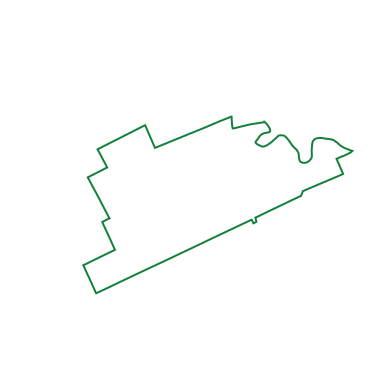 the district of Cazanesti, Ialomita, Romania, rotated 223°
{"feature_id": "2599482B82912190403308", "entity_name": "Cazanesti", "entity_type": "district", "adm_level": 2, "iso_a3": "ROU", "parent_name": "Romania", "parent_adm1": "Ialomita", "projection": "mercator", "projection_center": [27.017, 44.648], "detail": "fine", "context": "isolated", "style": "outline", "palette": "green", "viewbox_px": 384, "rotation_deg": 223, "n_neighbors": 0, "source": "geoboundaries", "source_scale": "gbopen_adm2", "svg_char_len": 3437}
<svg xmlns="http://www.w3.org/2000/svg" viewBox="0 0 384 384"><g transform="rotate(223 192 192)"><path d="M221.5,64.3L219.7,63.6L218.8,63.2L216.6,62.3L214.0,61.2L211.6,60.2L209.2,59.3L208.5,59.0L207.4,58.5L206.0,57.9L203.5,56.9L202.7,56.6L200.7,55.7L199.3,55.1L198.1,54.7L197.0,54.2L195.4,53.5L193.5,52.7L193.0,52.6L191.9,55.4L187.6,66.0L183.4,76.9L179.2,87.4L175.0,98.0L170.8,108.5L166.6,118.9L162.4,129.4L158.3,139.8L154.2,150.1L146.0,171.0L138.9,188.9L134.2,200.6L129.6,212.2L129.5,212.4L125.7,211.0L125.0,212.8L124.6,214.2L124.7,214.3L125.4,214.7L126.3,215.3L127.1,215.8L128.2,216.5L127.8,217.3L127.5,218.1L127.3,218.4L126.8,219.9L126.6,220.4L126.4,221.0L126.1,221.5L125.9,222.1L125.7,222.7L125.5,223.2L125.3,223.8L125.0,224.5L124.6,225.5L124.3,226.2L124.1,226.8L123.8,227.5L123.6,228.0L123.1,229.5L119.6,238.3L117.2,244.4L113.8,253.2L109.6,263.6L111.5,268.2L106.9,278.7L103.0,287.5L97.2,300.4L93.8,308.2L101.4,311.6L108.9,314.8L107.3,318.6L106.8,319.9L106.6,320.4L106.5,320.5L106.4,320.7L106.2,320.7L106.1,320.8L106.0,321.2L105.9,321.3L105.5,322.4L105.2,323.0L105.0,323.9L104.7,324.5L104.4,325.1L104.2,325.5L103.6,327.4L103.2,328.3L103.1,328.8L102.9,329.5L102.8,330.1L102.8,330.5L102.7,331.2L102.7,331.4L104.8,330.4L106.4,329.9L108.8,328.9L109.0,328.8L110.5,328.2L111.5,327.9L113.4,327.6L114.9,327.2L115.8,327.2L116.6,327.2L118.0,327.1L120.0,327.1L121.1,326.9L122.6,326.7L123.6,326.5L125.3,325.9L126.4,325.2L128.0,324.2L129.0,323.3L130.7,322.2L131.7,321.4L132.9,320.7L134.8,319.3L136.0,318.1L137.2,316.6L137.6,315.8L138.1,314.9L138.3,314.1L138.3,313.1L138.3,312.0L138.1,311.2L137.4,310.0L136.7,308.9L135.8,307.9L134.9,306.6L134.4,305.9L133.6,305.0L132.9,304.2L132.3,303.4L131.7,302.9L129.3,300.5L128.0,298.9L127.7,297.7L127.5,296.1L127.6,294.3L127.7,293.6L127.9,293.0L128.2,292.3L128.4,291.8L128.5,291.5L128.7,291.1L128.9,290.9L129.1,290.6L129.5,290.2L129.8,289.8L130.9,289.0L131.7,288.6L132.7,288.2L133.3,288.2L134.0,288.2L134.5,288.3L134.9,288.6L135.5,288.9L136.2,289.3L138.1,290.8L138.9,291.6L139.3,292.0L140.6,293.0L141.1,293.3L142.8,293.8L143.6,294.1L144.8,294.2L146.3,294.2L148.7,294.3L151.3,294.6L153.8,295.2L156.0,295.6L158.3,296.0L161.2,296.2L162.3,296.2L163.4,295.8L164.0,295.4L164.6,295.0L165.1,294.6L166.0,293.8L166.9,292.6L167.2,291.6L167.3,290.7L167.2,290.1L167.3,289.2L167.4,287.9L167.5,287.2L167.6,286.4L167.7,285.2L167.7,284.0L168.0,282.4L168.2,281.1L168.5,279.8L169.1,277.1L169.6,276.0L169.9,275.3L170.3,274.6L170.7,274.1L171.1,273.7L171.7,273.1L172.1,272.9L173.0,272.5L174.6,272.1L175.3,271.9L176.1,271.6L177.3,271.4L178.1,271.3L178.6,271.4L179.2,271.5L179.5,271.9L179.7,272.2L179.9,273.4L180.0,274.8L180.1,276.0L180.3,277.0L180.5,278.2L180.6,279.3L180.5,280.6L180.3,282.1L179.5,283.9L178.4,285.7L177.6,286.5L177.0,287.4L176.7,287.9L176.3,288.6L176.2,289.1L176.2,289.5L176.5,290.0L177.0,290.5L178.0,291.1L179.0,291.6L180.8,292.2L182.6,292.5L183.8,292.7L184.9,292.8L186.0,292.8L187.1,292.7L186.9,292.2L195.6,281.1L199.4,275.4L203.1,269.7L204.1,268.1L205.2,266.6L205.6,266.3L207.6,267.7L208.7,268.6L214.5,274.1L214.7,273.9L217.0,268.9L219.4,263.9L220.0,262.7L220.7,261.1L221.6,259.0L227.8,245.1L233.8,232.3L236.0,227.5L237.8,223.5L240.5,217.8L244.0,210.1L249.2,199.0L271.8,208.9L272.0,208.5L284.4,174.6L290.2,158.8L270.8,152.1L278.2,131.6L266.2,127.5L261.9,126.1L234.6,116.5L234.4,116.5L237.2,108.9L232.3,106.8L217.3,100.7L208.9,97.1L214.0,84.0L221.5,64.3Z" fill="none" stroke="#15803d" stroke-width="2"/></g></svg>